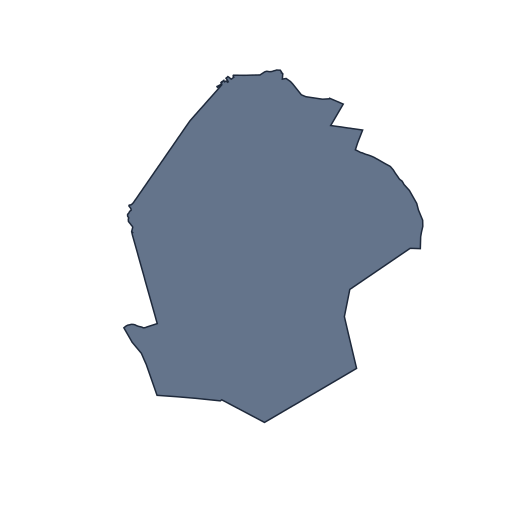 the district of Milpa Alta, Distrito Federal, Mexico, rotated 317°
{"feature_id": "50627088B10740094064214", "entity_name": "Milpa Alta", "entity_type": "district", "adm_level": 2, "iso_a3": "MEX", "parent_name": "Mexico", "parent_adm1": "Distrito Federal", "projection": "orthographic", "projection_center": [-99.043, 19.138], "detail": "fine", "context": "isolated", "style": "filled", "palette": "slate", "viewbox_px": 512, "rotation_deg": 317, "n_neighbors": 0, "source": "geoboundaries", "source_scale": "gbopen_adm2", "svg_char_len": 5330}
<svg xmlns="http://www.w3.org/2000/svg" viewBox="0 0 512 512"><g transform="rotate(317 256 256)"><path d="M397.8,134.0L397.7,133.9L397.1,133.7L396.6,133.5L396.3,133.3L395.8,133.0L395.5,132.8L393.8,132.1L393.4,131.8L393.0,131.6L392.7,131.4L392.3,131.0L391.9,130.7L391.6,130.4L390.9,129.6L390.6,129.1L390.4,128.9L390.1,128.5L389.7,128.1L388.5,127.5L388.3,127.4L387.6,127.2L382.9,126.4L382.5,126.4L375.8,120.4L372.7,117.7L370.5,115.7L366.5,111.9L362.8,108.4L362.0,108.7L361.7,110.1L360.7,110.0L359.7,109.9L359.1,109.9L358.5,109.8L358.3,108.4L358.2,107.7L358.1,107.2L358.1,106.7L357.9,106.2L357.9,105.9L357.8,105.6L357.0,105.7L356.7,105.6L355.3,105.5L355.1,107.3L355.0,107.7L354.5,109.7L354.0,109.5L353.6,109.4L353.9,108.3L353.7,108.1L353.6,107.9L353.5,107.7L353.1,107.5L352.5,107.4L351.8,107.2L351.9,106.1L352.2,105.9L352.3,105.6L350.8,105.5L349.6,105.2L349.4,105.8L348.5,105.4L348.3,105.9L348.1,106.8L346.6,106.4L344.3,105.8L343.1,105.4L342.8,106.3L347.7,107.4L347.6,107.5L345.5,107.7L345.2,107.8L344.4,107.8L343.0,108.0L341.5,108.1L341.4,108.1L340.8,108.2L340.0,108.3L338.7,108.4L336.5,108.6L335.8,108.7L334.3,108.8L333.7,108.9L331.2,109.1L329.4,109.3L328.7,109.3L328.0,109.4L327.7,109.4L326.9,109.5L323.8,109.8L323.7,109.8L322.6,109.9L322.2,110.0L320.1,110.2L319.6,110.2L318.9,110.3L316.7,110.5L316.1,110.5L314.2,110.7L313.3,110.8L311.8,110.9L311.3,111.0L308.1,111.3L307.6,111.3L306.1,111.5L299.9,112.1L295.7,113.0L293.8,113.4L291.9,113.8L291.0,114.0L290.2,114.2L289.5,114.3L289.2,114.4L288.2,114.6L287.5,114.8L284.2,115.5L282.6,115.9L281.5,116.1L280.9,116.2L280.4,116.3L279.9,116.4L279.5,116.5L275.7,117.4L273.8,117.8L271.9,118.2L271.2,118.4L269.8,118.7L264.7,119.8L263.6,120.0L262.4,120.3L259.0,121.0L258.4,121.2L257.8,121.3L255.5,121.8L253.9,122.2L252.4,122.5L251.7,122.6L247.5,123.6L245.7,123.9L243.4,124.5L242.6,124.6L241.0,125.0L240.3,125.1L238.2,125.6L235.1,126.3L233.1,126.7L231.0,127.2L227.6,127.9L226.0,128.3L224.5,128.6L224.3,128.7L223.8,128.8L223.2,128.9L222.9,129.0L222.7,129.0L221.9,129.2L220.8,129.4L220.3,129.5L219.4,129.7L218.7,129.9L217.8,130.1L216.9,130.3L216.0,130.5L214.9,130.7L213.9,130.9L210.9,131.6L207.8,132.3L207.4,132.4L206.5,132.5L203.9,133.1L203.6,133.2L202.3,133.4L201.2,133.5L200.4,133.4L200.0,133.4L199.6,133.3L199.4,133.3L199.2,133.1L198.6,132.8L198.3,132.5L198.2,132.4L197.9,132.3L197.6,132.4L197.5,132.5L197.3,132.7L197.2,132.8L197.1,133.0L197.0,134.8L196.9,135.4L196.9,135.6L196.8,135.9L196.7,136.2L196.2,137.0L196.0,137.3L195.8,137.3L195.7,137.4L195.3,137.3L195.0,137.3L194.8,137.3L194.6,137.2L194.4,137.2L194.2,137.2L193.9,137.3L193.7,137.3L192.4,137.8L192.1,137.9L191.9,137.9L191.7,137.9L191.0,137.9L190.9,138.0L190.7,138.0L190.4,138.1L190.2,138.2L190.1,138.3L189.4,139.2L189.3,139.3L189.2,139.5L189.1,140.0L189.1,140.8L189.0,141.0L188.9,141.3L188.7,141.5L188.2,141.7L187.9,141.8L187.7,142.0L186.6,143.3L186.4,143.5L186.3,143.8L186.2,144.0L186.2,144.3L186.2,144.7L186.1,145.3L186.1,146.0L186.0,147.3L185.9,147.9L185.8,148.7L185.8,149.1L185.8,150.0L185.7,150.4L185.6,150.6L185.3,151.0L185.0,151.2L184.2,151.7L183.9,151.9L182.7,152.7L182.5,152.8L181.6,153.4L181.5,153.5L181.4,153.7L181.4,153.8L181.5,154.0L181.6,154.3L181.8,154.4L181.8,154.5L181.7,154.6L181.7,154.8L180.9,154.7L180.7,155.0L180.0,156.2L172.8,170.2L170.9,173.9L170.6,174.4L169.5,176.5L169.0,177.5L167.8,179.8L159.5,195.9L158.7,197.3L141.1,231.5L139.5,234.5L137.7,238.1L130.0,234.5L129.1,234.1L127.9,233.5L127.3,233.3L126.5,233.0L126.0,232.7L125.6,232.5L125.0,232.0L124.5,231.6L124.3,230.8L123.8,229.8L123.2,228.9L122.7,228.2L122.4,227.8L122.0,227.1L121.6,226.4L121.2,225.5L120.9,224.8L120.8,224.3L120.5,223.7L120.1,223.1L119.8,222.6L119.3,222.1L118.9,221.6L118.5,221.2L118.0,220.8L117.8,220.7L116.9,220.3L116.0,219.7L115.3,219.3L114.8,219.0L114.2,218.9L113.6,218.7L112.6,218.5L111.8,218.5L110.4,218.4L110.2,219.2L106.9,233.4L106.6,234.4L105.8,249.0L103.4,255.7L101.8,260.4L88.6,290.4L102.1,304.9L114.7,318.8L131.1,337.6L132.9,337.8L133.1,338.5L148.7,383.5L180.9,390.7L182.0,391.0L249.3,406.0L252.9,406.8L257.9,398.0L270.5,375.9L279.3,360.6L299.9,345.8L301.8,344.4L373.9,355.5L375.9,357.4L381.2,362.7L389.6,354.2L393.3,351.4L398.2,348.1L402.3,343.5L406.2,333.1L409.4,327.2L412.9,312.6L413.0,304.6L413.5,302.8L413.6,302.3L413.9,300.8L413.5,298.7L413.4,298.4L413.4,296.9L413.7,295.4L413.8,294.7L414.4,290.2L414.5,289.7L415.1,286.8L415.3,282.2L414.9,280.8L413.7,277.3L413.4,276.4L412.1,272.2L410.7,267.6L410.5,267.3L410.0,265.5L409.6,264.3L409.0,262.9L408.8,262.4L408.6,262.1L408.5,261.8L408.3,261.3L407.7,260.2L407.6,259.8L407.4,259.6L407.2,259.2L406.8,258.4L406.3,257.6L405.8,256.8L405.4,256.0L405.2,255.6L404.0,252.9L403.3,251.9L403.2,251.9L402.6,250.2L402.4,249.5L401.9,248.2L401.1,246.1L406.5,243.1L407.2,242.7L411.5,240.6L412.2,240.3L419.9,236.6L414.0,229.3L413.7,229.0L412.2,227.0L411.6,226.3L411.3,226.0L410.4,224.9L409.6,223.9L408.1,222.0L407.1,220.7L406.4,219.8L405.4,218.6L404.0,216.9L403.0,215.7L399.6,211.5L402.4,210.7L423.4,204.4L419.4,195.3L417.4,190.8L416.8,191.0L411.6,186.7L401.1,173.5L399.1,169.0L400.2,155.2L400.2,151.9L399.2,147.2L399.1,146.7L395.9,144.6L397.7,143.0L398.6,142.1L399.4,141.4L399.5,141.4L399.8,141.2L399.9,140.6L399.9,139.9L399.5,139.4L400.1,138.9L400.2,138.5L400.4,137.1L400.5,136.7L400.4,136.6L399.1,135.3L398.0,134.1L397.8,134.0Z" fill="#64748b" stroke="#1e293b" stroke-width="1.5"/></g></svg>